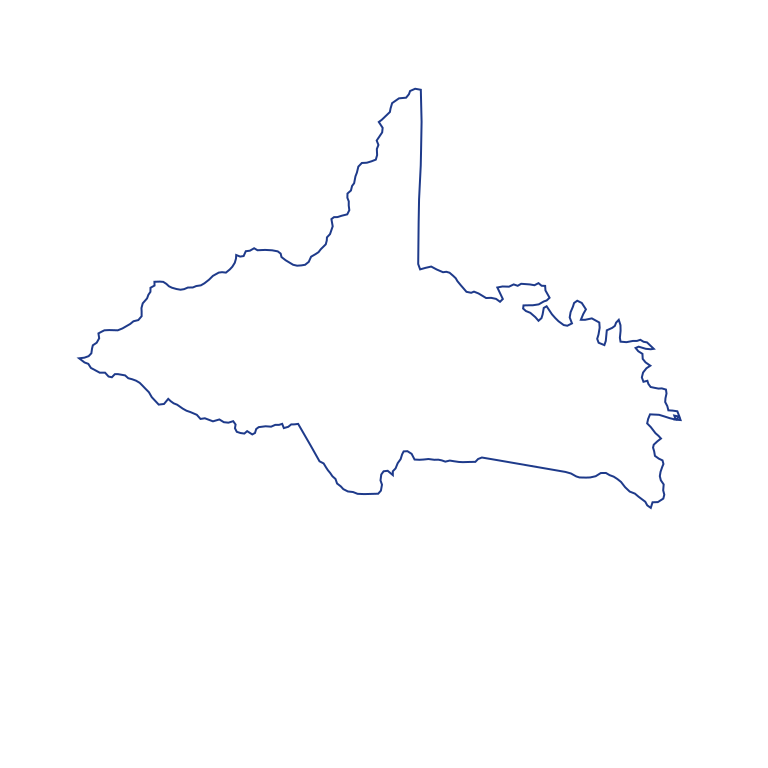 the district of Ipiranga, Paraná, Brazil, rotated 330°
{"feature_id": "56859067B27547702654677", "entity_name": "Ipiranga", "entity_type": "district", "adm_level": 2, "iso_a3": "BRA", "parent_name": "Brazil", "parent_adm1": "Paraná", "projection": "mercator", "projection_center": [-50.567, -25.008], "detail": "fine", "context": "isolated", "style": "outline", "palette": "blue", "viewbox_px": 768, "rotation_deg": 330, "n_neighbors": 0, "source": "geoboundaries", "source_scale": "gbopen_adm2", "svg_char_len": 4919}
<svg xmlns="http://www.w3.org/2000/svg" viewBox="0 0 768 768"><g transform="rotate(330 384 384)"><path d="M553.1,624.7L557.4,620.7L562.1,623.2L568.6,622.9L571.4,620.0L572.6,615.7L576.0,610.8L575.6,605.8L576.8,601.7L579.6,598.3L583.4,595.0L586.0,593.0L587.0,589.4L584.7,586.1L582.7,581.7L584.3,577.4L585.2,573.6L587.3,571.4L592.3,570.3L596.6,569.7L595.8,566.1L594.5,562.3L593.5,554.7L592.2,549.7L595.2,546.4L599.2,543.3L606.8,548.2L610.7,552.4L614.4,556.5L618.8,560.7L619.6,556.5L623.5,560.0L624.4,554.3L620.6,551.3L617.1,549.0L618.3,544.8L618.5,540.2L620.6,537.1L623.9,533.5L625.4,529.8L622.4,526.7L619.4,525.2L616.4,522.6L613.4,519.9L613.0,516.1L613.7,512.9L609.8,511.8L610.6,507.2L614.1,503.6L619.1,501.6L623.8,501.3L621.3,496.0L620.6,491.6L622.9,487.1L620.6,482.8L619.9,478.6L623.2,479.0L628.3,484.4L632.4,487.3L635.2,488.4L632.6,479.5L629.9,477.2L628.1,473.9L624.7,473.2L621.2,471.2L614.9,469.0L610.0,465.6L611.4,461.9L615.5,456.2L618.2,451.3L619.4,445.8L615.7,446.9L613.0,449.1L609.7,449.5L603.8,448.9L597.6,457.6L594.3,460.5L590.5,455.6L591.2,451.5L594.5,448.4L598.9,443.1L601.2,438.4L596.8,431.1L590.4,429.0L586.6,426.8L591.6,423.0L596.2,420.3L595.8,412.7L593.0,408.5L589.1,408.9L586.4,411.4L581.5,415.1L578.1,419.2L577.1,425.5L571.9,425.2L569.1,422.8L566.5,416.9L565.3,412.5L564.3,407.6L563.7,398.0L560.4,398.0L556.1,403.1L553.3,405.7L549.4,406.5L548.5,401.8L546.3,395.5L543.4,391.8L542.2,388.2L544.1,385.7L547.1,387.3L552.2,390.2L557.8,392.4L563.7,392.4L566.6,393.0L570.5,392.1L570.6,383.7L572.6,379.6L569.6,377.7L568.2,373.9L563.7,373.7L560.1,370.7L552.9,365.8L548.9,365.8L546.1,362.6L540.9,362.2L535.4,358.8L530.4,357.1L529.4,369.8L525.6,370.8L523.6,366.3L519.8,362.9L515.4,360.6L513.6,357.3L511.1,352.8L508.1,349.0L505.1,348.6L501.5,345.4L500.6,340.6L499.9,337.0L499.0,331.6L499.0,328.3L498.0,324.9L496.4,320.4L494.1,318.0L491.0,316.7L486.9,311.2L483.6,305.9L478.1,304.2L472.6,302.8L473.6,297.2L494.9,261.2L506.7,241.6L525.1,213.1L533.1,199.9L547.6,175.8L563.0,147.6L558.6,143.9L553.1,143.3L550.5,145.5L546.3,147.1L539.8,144.1L531.5,144.8L527.4,148.7L525.1,151.4L514.1,154.1L510.5,154.5L510.9,161.5L508.2,165.2L499.4,169.5L498.7,174.2L495.3,176.9L492.5,182.3L489.1,185.6L484.6,184.9L479.8,183.8L475.3,181.5L470.5,182.9L466.2,187.4L463.1,189.9L458.5,195.2L455.4,196.5L452.1,199.9L447.6,200.8L445.4,204.4L444.8,208.2L442.7,211.8L440.9,216.1L437.0,218.7L431.4,217.1L427.2,216.2L424.1,214.5L420.9,214.9L418.4,221.8L412.2,227.2L407.9,228.5L406.2,231.1L403.4,233.9L396.6,235.7L393.2,237.1L389.6,237.3L384.5,237.3L379.9,240.6L375.3,241.3L371.8,240.0L367.9,238.1L364.9,235.3L360.7,227.7L358.7,222.8L359.7,219.4L358.3,216.0L354.0,212.3L348.2,208.5L341.3,204.9L339.4,201.5L334.5,201.5L330.7,199.9L326.4,203.0L323.1,201.7L320.5,198.4L318.6,201.3L315.4,204.4L311.3,206.6L307.7,207.7L302.8,208.5L299.7,206.2L296.6,204.9L289.9,204.8L284.6,206.2L278.8,207.0L274.7,207.0L270.4,205.3L266.7,204.8L262.4,202.4L258.3,201.9L254.9,200.6L251.8,198.0L248.5,194.6L246.6,191.8L245.6,188.5L243.9,185.2L241.0,183.2L236.3,180.7L234.5,184.0L229.9,183.9L227.8,187.4L224.6,188.9L221.6,191.4L215.4,193.5L211.9,197.0L210.3,200.1L208.0,204.1L203.2,205.8L198.4,204.4L194.2,205.1L189.6,205.1L185.3,205.1L180.3,204.4L173.0,199.9L168.7,197.7L165.4,197.5L162.0,197.4L160.2,202.0L155.8,204.6L151.2,204.9L148.9,207.3L145.9,211.1L142.1,212.2L137.7,211.4L132.8,209.3L135.4,215.6L138.0,218.7L138.2,223.5L143.5,232.1L148.1,234.7L149.2,239.8L151.7,242.1L155.8,240.9L158.5,242.4L164.1,247.1L165.4,251.1L168.3,254.0L170.9,257.1L173.0,260.8L174.0,264.5L175.0,268.6L176.3,273.6L176.3,279.3L178.6,289.2L183.5,291.3L189.7,289.0L190.7,292.3L192.2,295.6L194.5,298.5L197.4,304.7L199.6,308.4L202.3,311.5L206.5,317.1L207.6,322.5L211.7,324.1L217.2,330.8L223.7,332.4L226.2,337.0L229.9,339.7L234.8,340.8L235.2,344.9L232.8,347.8L232.6,351.8L235.2,354.7L238.3,357.1L241.9,356.4L244.7,361.8L247.8,361.9L250.8,359.1L253.9,358.7L260.3,361.4L264.9,364.5L269.3,365.0L272.6,366.9L275.9,367.6L275.2,372.1L279.7,373.2L283.4,372.6L286.5,374.3L289.7,375.6L289.7,400.7L289.5,418.7L292.0,422.6L292.1,427.2L292.3,430.6L292.9,434.1L293.2,438.1L294.5,442.0L293.6,446.7L295.4,451.1L296.2,454.7L299.0,459.0L303.2,462.1L306.2,465.9L311.9,469.5L324.1,476.1L328.0,474.8L331.9,470.2L332.8,465.7L336.4,461.0L340.0,459.4L343.8,461.0L346.1,467.3L348.0,464.0L351.8,462.9L356.3,459.4L360.8,457.4L364.5,454.0L367.3,452.2L370.7,453.9L373.0,458.3L372.7,464.7L376.7,467.3L380.5,469.2L385.0,471.2L389.7,474.8L393.2,476.7L395.8,479.0L398.3,481.9L402.7,483.2L406.0,485.9L409.8,488.9L413.2,491.1L418.6,494.0L424.2,497.1L428.0,496.0L432.0,496.6L444.2,506.7L497.2,550.9L501.2,555.0L504.3,560.2L506.6,562.7L512.2,566.1L515.8,568.0L521.2,569.7L527.2,569.5L531.7,572.0L533.8,575.7L536.6,579.1L538.6,583.0L540.3,587.3L541.2,593.9L543.0,600.0L546.5,604.4L548.1,608.9L551.4,616.6L551.3,620.7L553.1,624.7ZM618.8,560.7L622.8,563.5L623.5,560.0L618.8,560.7Z" fill="none" stroke="#1e3a8a" stroke-width="2"/></g></svg>